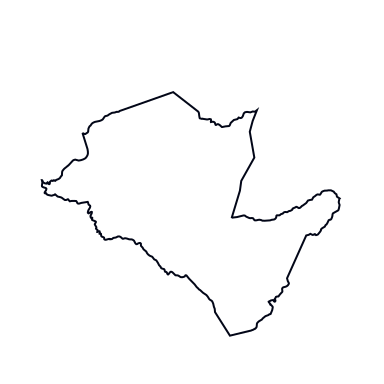 Guinope, El Paraíso, Honduras, rotated 301°
{"feature_id": "27666195B48819141488377", "entity_name": "Guinope", "entity_type": "district", "adm_level": 2, "iso_a3": "HND", "parent_name": "Honduras", "parent_adm1": "El Paraíso", "projection": "mercator", "projection_center": [-86.952, 13.873], "detail": "fine", "context": "isolated", "style": "outline", "palette": "ink", "viewbox_px": 384, "rotation_deg": 301, "n_neighbors": 0, "source": "geoboundaries", "source_scale": "gbopen_adm2", "svg_char_len": 6046}
<svg xmlns="http://www.w3.org/2000/svg" viewBox="0 0 384 384"><g transform="rotate(301 192 192)"><path d="M185.7,68.3L175.0,80.3L173.2,81.8L171.5,82.9L170.4,83.3L169.4,83.5L167.6,83.5L166.3,83.3L165.2,82.8L163.7,81.8L162.2,80.5L160.6,78.7L159.6,75.2L158.4,74.1L157.6,73.7L151.7,72.5L146.1,70.5L143.6,70.1L142.4,70.3L139.3,71.9L138.6,71.8L137.9,71.6L136.1,71.6L134.5,71.0L132.3,69.3L131.2,69.1L131.0,68.7L131.0,67.6L129.8,67.0L129.6,66.5L129.7,66.0L129.4,65.6L127.7,65.0L126.1,65.7L125.7,65.8L125.3,65.7L125.1,65.4L125.1,65.0L125.8,63.9L126.0,63.3L125.3,63.0L124.7,63.3L124.4,63.2L123.7,61.6L123.6,60.3L123.6,59.4L124.6,58.1L124.9,57.4L124.8,57.2L123.2,58.8L120.1,60.1L119.6,60.5L119.4,61.1L119.5,62.2L120.1,64.7L119.7,65.6L118.3,66.0L115.9,65.9L115.4,66.1L115.2,66.3L115.2,66.7L115.8,67.5L115.6,68.0L115.2,68.5L115.3,70.1L116.4,73.3L116.8,73.9L117.5,74.4L118.5,75.4L119.2,75.6L119.5,75.9L118.9,79.1L119.9,82.3L120.0,83.4L119.7,86.3L119.7,87.2L120.3,88.2L120.9,88.7L121.5,89.0L121.9,89.4L121.9,89.8L121.4,90.8L121.1,92.1L121.9,92.9L122.6,93.8L123.9,96.0L124.6,97.4L124.4,98.0L123.4,99.6L123.4,100.4L123.9,101.2L125.7,102.8L129.8,107.7L129.5,108.2L128.0,109.8L127.9,110.4L127.8,111.7L127.1,112.3L125.9,112.6L122.8,112.6L121.1,113.1L120.6,113.4L120.4,114.0L120.5,114.5L122.5,115.4L123.2,116.0L123.3,116.4L122.9,116.7L122.1,117.0L119.2,117.3L118.3,118.0L117.9,118.6L118.5,119.4L118.5,119.8L118.2,120.0L117.2,120.2L116.6,120.9L117.1,124.2L117.0,124.9L116.7,125.1L116.2,125.2L114.6,125.2L114.1,125.4L112.6,128.1L112.1,128.4L111.5,128.4L111.1,128.6L110.7,130.6L109.0,131.4L109.2,131.7L110.4,132.4L110.7,132.9L109.9,133.9L108.6,134.2L108.6,134.4L109.2,135.5L108.0,136.5L107.4,137.1L107.3,137.6L107.6,139.2L107.6,140.1L107.4,140.3L106.3,141.2L106.3,142.1L106.7,142.8L108.0,144.0L109.0,145.0L109.2,145.4L109.2,146.1L109.4,146.2L109.6,146.1L110.2,147.4L110.8,147.8L112.1,148.2L113.8,150.2L115.7,151.4L116.4,152.4L116.7,153.8L116.2,156.5L116.5,157.1L117.8,158.3L118.2,159.1L118.6,160.3L119.1,162.6L120.3,164.7L120.5,165.6L120.5,166.5L120.4,167.4L118.9,169.8L118.7,170.5L118.6,171.1L119.1,171.8L120.2,172.3L121.0,173.0L121.5,173.6L121.6,174.1L121.4,174.8L119.8,175.8L119.5,176.2L118.9,178.3L117.9,180.0L117.4,183.5L116.6,184.6L115.9,186.3L115.6,188.4L116.0,191.3L114.8,194.3L115.0,196.6L113.7,199.3L112.3,201.5L111.8,203.5L111.1,204.3L110.9,205.4L111.5,207.9L111.2,208.5L110.4,209.2L109.9,209.9L109.8,210.3L110.2,210.9L110.1,211.7L109.9,212.1L109.2,212.9L108.9,213.7L109.0,214.0L109.4,214.2L111.9,214.5L112.6,214.8L112.9,215.2L113.1,215.9L113.1,216.6L112.1,220.7L113.2,222.8L113.3,224.2L113.2,225.6L113.3,226.3L113.9,227.5L115.0,228.6L115.8,229.2L117.2,229.3L117.5,229.7L117.6,230.3L116.2,234.1L114.2,241.8L112.9,245.0L112.5,247.1L112.1,248.0L112.1,249.6L111.3,253.3L111.1,257.4L110.4,259.4L109.1,261.9L108.9,262.8L108.9,264.6L108.7,265.6L107.3,267.6L104.9,269.9L103.6,271.6L100.9,273.6L88.4,298.5L102.8,313.1L103.4,313.8L104.3,314.4L105.0,315.1L107.0,316.2L107.0,316.4L108.1,316.8L109.4,316.9L110.5,316.5L112.5,315.5L113.5,315.4L114.4,315.6L115.7,316.0L118.7,317.6L120.0,317.7L123.4,318.9L125.9,320.9L127.1,321.3L127.6,322.0L127.9,322.2L132.0,321.6L134.5,320.7L135.0,320.4L135.3,320.0L135.9,318.1L135.7,317.5L135.8,317.1L135.9,316.9L136.4,316.8L137.1,314.6L137.5,314.2L139.8,315.6L141.1,317.1L141.4,317.9L140.6,318.5L140.5,318.9L140.6,319.4L140.9,319.6L141.6,319.6L142.2,319.2L142.5,318.8L142.6,318.3L143.0,318.0L144.1,318.1L145.3,318.0L146.3,318.8L146.8,319.7L147.1,319.9L149.5,320.1L152.8,320.8L153.5,320.6L155.1,319.3L155.7,319.0L156.3,319.0L157.3,319.3L159.0,321.0L160.0,321.7L161.3,322.2L162.6,322.3L163.4,322.2L163.9,321.8L164.9,320.1L167.0,317.9L213.6,312.3L215.4,314.1L217.1,315.0L217.3,317.4L218.2,318.5L218.8,318.6L219.2,319.0L218.9,320.2L218.9,320.5L219.5,321.1L220.5,321.8L224.1,322.3L225.4,322.3L226.3,321.9L226.9,321.9L228.1,322.3L230.8,323.7L232.1,323.5L232.9,323.7L233.4,324.0L235.3,324.0L238.2,323.7L239.0,324.2L239.6,325.0L240.5,325.3L242.2,325.1L243.7,324.7L245.2,324.0L246.2,323.8L248.1,324.8L251.4,326.7L252.0,326.8L253.3,326.5L256.9,325.2L258.5,323.3L259.1,322.9L262.1,321.8L262.5,321.9L262.6,318.9L262.9,318.4L264.4,317.0L264.6,314.9L265.3,313.3L265.0,310.3L263.5,307.8L262.8,307.1L261.4,304.9L259.6,303.5L258.8,303.2L256.2,303.2L255.5,303.0L254.7,301.0L253.7,300.2L251.9,299.6L250.0,298.7L247.2,298.8L245.9,297.2L244.4,295.8L241.4,295.6L237.4,293.9L236.6,293.4L234.9,293.0L233.7,292.5L233.2,291.7L233.2,289.4L232.9,288.9L232.2,288.6L229.8,286.9L229.5,286.8L229.0,287.0L228.3,287.0L226.8,286.2L226.2,285.7L225.8,285.1L223.7,283.9L222.9,282.2L222.2,281.5L221.4,281.1L220.2,280.9L218.9,279.7L217.2,279.1L216.6,278.3L216.0,277.2L215.6,276.7L215.1,276.6L213.7,277.2L212.8,277.3L211.7,277.1L210.7,276.5L209.0,274.4L208.4,274.0L207.8,273.4L204.8,269.1L203.7,267.1L203.5,265.5L202.9,264.0L202.1,263.0L201.0,261.9L200.1,260.6L200.2,259.4L200.8,258.3L200.9,257.7L200.5,256.7L199.5,255.3L199.2,254.5L198.8,251.3L199.0,249.4L198.7,248.7L198.3,248.1L193.7,243.5L190.6,239.5L190.1,239.4L217.8,232.4L226.9,228.5L253.6,227.7L273.4,210.5L284.2,207.4L295.6,205.5L293.7,204.8L292.9,204.0L292.4,202.7L290.3,201.0L289.0,197.9L287.7,196.4L286.1,195.9L283.2,196.5L281.5,196.4L280.8,196.0L280.3,195.4L279.8,193.6L278.5,193.5L277.8,193.3L275.3,190.8L271.2,189.6L268.6,190.0L267.9,189.9L267.5,189.6L265.5,186.9L263.4,184.6L263.1,184.1L263.7,181.1L263.6,179.5L263.2,178.8L261.9,178.1L261.7,177.7L262.1,177.1L263.2,175.8L263.3,174.7L263.0,173.7L261.7,172.2L262.0,171.9L262.7,171.8L263.6,171.1L264.0,170.8L264.0,170.5L263.6,169.4L262.4,168.2L261.9,167.5L260.5,164.1L260.3,163.3L259.8,162.9L259.2,160.7L259.4,160.4L261.0,159.0L263.3,157.2L263.8,156.5L264.1,155.9L267.9,124.4L224.1,88.2L223.5,88.1L223.0,87.8L222.4,87.0L221.9,86.1L220.4,84.9L218.7,82.7L216.0,81.1L214.1,80.3L213.3,79.6L212.7,78.9L212.2,78.5L211.5,78.3L208.3,78.1L207.0,77.5L205.3,76.2L202.1,72.7L201.0,71.9L199.8,71.2L198.6,70.9L196.6,70.8L195.7,70.4L194.5,70.4L193.0,70.6L190.2,71.9L189.3,71.9L186.8,70.7L186.4,70.0L186.2,68.5L185.7,68.3Z" fill="none" stroke="#020617" stroke-width="2"/></g></svg>